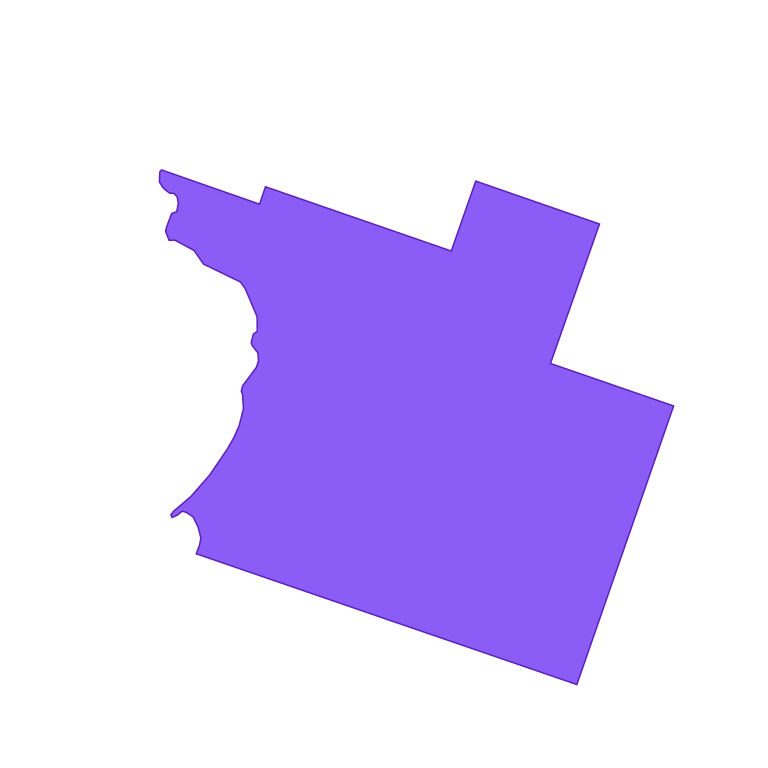 outline of Schoolcraft, Michigan, United States of America, rotated 109°
{"feature_id": "52423323B71997866785230", "entity_name": "Schoolcraft", "entity_type": "district", "adm_level": 2, "iso_a3": "USA", "parent_name": "United States of America", "parent_adm1": "Michigan", "projection": "natural_earth1", "projection_center": [-86.228, 46.131], "detail": "fine", "context": "isolated", "style": "filled", "palette": "violet", "viewbox_px": 768, "rotation_deg": 109, "n_neighbors": 0, "source": "geoboundaries", "source_scale": "gbopen_adm2", "svg_char_len": 867}
<svg xmlns="http://www.w3.org/2000/svg" viewBox="0 0 768 768"><g transform="rotate(109 384 384)"><path d="M162.3,363.3L236.4,363.7L236.1,560.3L254.5,560.2L254.0,664.1L256.6,665.0L266.0,662.2L270.5,656.8L272.7,650.9L273.4,648.4L272.3,645.8L272.6,643.5L274.8,640.3L280.0,637.3L288.5,636.1L291.9,640.3L307.3,640.7L310.9,640.1L318.1,634.0L316.1,628.6L319.6,607.0L329.4,593.7L334.3,552.9L339.2,546.1L361.7,525.9L375.4,521.0L379.4,523.8L388.0,523.1L390.7,521.0L395.7,513.3L403.0,510.2L409.8,510.1L431.8,517.1L437.3,516.6L439.9,514.4L453.0,508.9L470.1,507.4L483.5,508.5L496.0,510.8L526.8,519.2L553.3,530.0L573.1,541.7L577.2,542.9L579.2,540.9L575.1,536.6L569.9,533.4L569.8,528.9L571.8,521.2L579.9,513.1L589.3,507.0L595.7,506.0L605.7,506.2L605.6,298.8L605.4,103.8L310.5,103.0L310.4,233.3L162.6,232.3L162.3,363.3Z" fill="#8b5cf6" stroke="#5b21b6" stroke-width="1.5"/></g></svg>